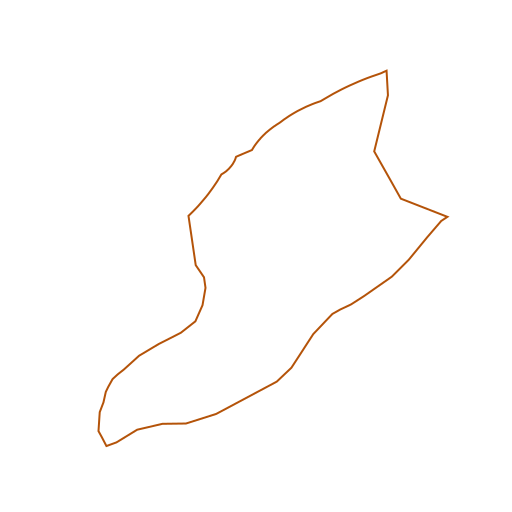 Dumyat 2, Dumyat, Egypt, rotated 76°
{"feature_id": "37247803B80860993707274", "entity_name": "Dumyat 2", "entity_type": "district", "adm_level": 2, "iso_a3": "EGY", "parent_name": "Egypt", "parent_adm1": "Dumyat", "projection": "equal_earth", "projection_center": [31.811, 31.425], "detail": "fine", "context": "isolated", "style": "outline", "palette": "amber", "viewbox_px": 512, "rotation_deg": 76, "n_neighbors": 0, "source": "geoboundaries", "source_scale": "gbopen_adm2", "svg_char_len": 1895}
<svg xmlns="http://www.w3.org/2000/svg" viewBox="0 0 512 512"><g transform="rotate(76 256 256)"><path d="M107.8,84.5L108.5,88.4L108.8,89.8L109.0,91.3L109.4,95.7L109.8,100.4L110.3,105.1L110.9,109.7L111.6,114.4L112.4,119.0L113.2,123.6L114.1,128.2L115.1,132.8L116.2,137.3L117.3,141.8L118.6,146.3L119.9,150.8L121.2,155.2L121.4,155.9L121.6,158.3L121.9,161.6L122.3,164.8L122.8,168.0L123.3,171.2L124.0,174.4L124.7,177.6L125.4,180.7L126.3,183.9L127.2,186.9L128.2,190.0L129.3,193.0L130.4,196.0L131.7,199.0L132.5,201.0L132.9,202.2L133.5,204.0L133.7,204.6L134.2,205.8L134.6,207.1L135.6,209.5L136.1,210.6L136.6,211.8L137.7,214.1L138.3,215.3L138.8,216.4L140.1,218.6L140.7,219.7L141.4,220.8L142.7,222.9L143.5,223.9L144.2,225.0L145.7,227.0L146.4,227.9L147.2,228.9L148.8,230.8L150.5,232.6L151.3,233.4L152.2,234.3L153.8,244.6L154.9,251.3L155.0,251.4L155.4,251.7L156.3,252.2L157.6,253.1L158.2,253.6L158.8,254.1L159.9,255.2L160.5,255.7L161.1,256.3L162.1,257.5L162.6,258.1L163.1,258.8L164.0,260.1L164.5,260.8L164.9,261.4L165.7,262.9L166.1,263.6L166.5,264.3L167.1,265.8L167.4,266.6L167.7,267.4L168.2,269.0L168.5,269.9L168.6,270.0L171.4,272.8L174.1,275.5L176.7,278.4L179.3,281.3L181.8,284.3L184.3,287.3L186.7,290.4L189.0,293.6L191.3,296.8L193.6,300.1L195.7,303.4L197.8,306.8L199.8,310.2L200.7,311.8L223.1,314.0L250.3,316.7L264.1,311.6L274.7,312.7L290.8,319.8L304.7,330.6L312.3,347.5L317.9,371.8L324.5,393.6L334.2,411.7L336.8,417.5L337.5,419.0L340.1,423.8L340.8,425.0L347.2,431.0L351.5,434.6L361.1,439.4L369.7,445.4L387.8,451.2L391.2,450.3L394.6,449.4L404.2,447.1L403.1,436.5L395.8,413.3L396.0,401.8L396.2,387.4L401.6,364.5L399.6,332.8L382.9,266.2L373.0,248.7L362.6,237.5L352.4,226.6L345.6,219.3L330.7,195.9L328.3,187.2L326.0,175.6L321.1,161.1L308.9,129.2L296.6,108.7L279.2,85.3L266.8,67.8L264.3,60.8L235.4,101.6L214.9,107.2L183.1,116.0L132.0,89.1L107.8,84.5Z" fill="none" stroke="#b45309" stroke-width="2"/></g></svg>